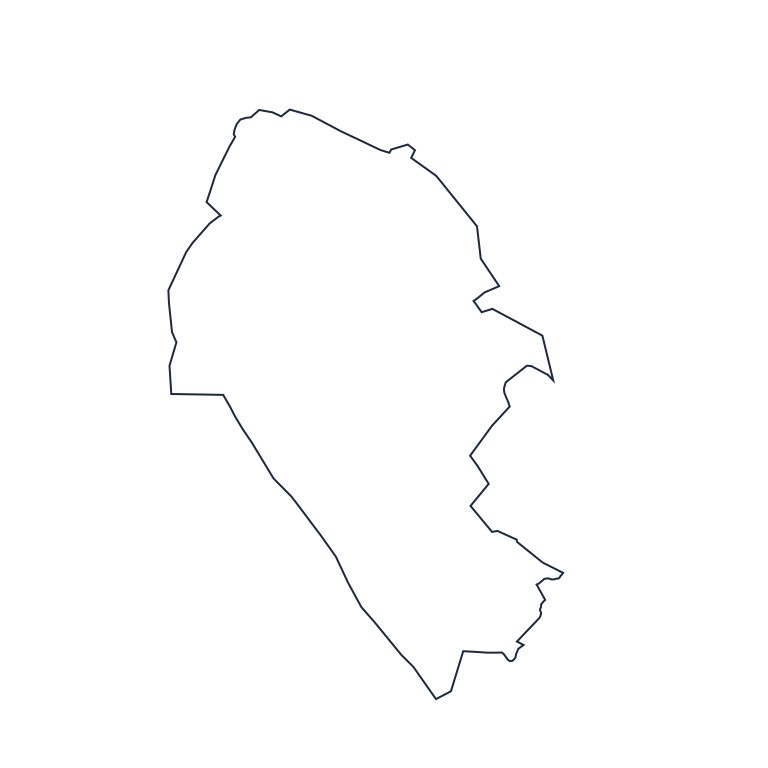 outline of Maigatari, Jigawa, Nigeria, rotated 231°
{"feature_id": "59680162B93100308813933", "entity_name": "Maigatari", "entity_type": "district", "adm_level": 2, "iso_a3": "NGA", "parent_name": "Nigeria", "parent_adm1": "Jigawa", "projection": "albers", "projection_center": [9.515, 12.698], "detail": "fine", "context": "isolated", "style": "outline", "palette": "slate", "viewbox_px": 768, "rotation_deg": 231, "n_neighbors": 0, "source": "geoboundaries", "source_scale": "gbopen_adm2", "svg_char_len": 1845}
<svg xmlns="http://www.w3.org/2000/svg" viewBox="0 0 768 768"><g transform="rotate(231 384 384)"><path d="M510.1,212.4L507.0,216.1L488.4,238.3L482.6,245.2L476.7,252.2L462.0,249.8L452.5,247.8L437.1,245.7L421.5,244.4L380.0,238.7L355.1,241.2L345.7,241.0L304.3,239.5L279.9,237.9L252.1,231.0L224.8,226.0L203.9,226.8L162.6,227.0L145.8,228.8L106.4,226.1L103.1,242.7L126.5,277.4L117.9,286.9L110.0,295.4L104.0,302.9L101.1,306.7L98.3,307.1L92.0,306.7L89.3,307.5L88.1,309.5L88.3,312.2L88.7,314.1L90.9,316.6L93.7,321.9L93.4,328.2L95.1,327.4L95.8,327.2L96.6,326.8L97.2,326.6L100.2,325.2L104.4,357.5L105.1,359.2L106.3,361.1L107.6,362.3L109.4,362.6L110.7,363.4L111.9,365.8L113.8,367.3L114.6,370.8L114.8,373.4L132.1,376.4L131.5,378.6L131.5,382.1L131.7,386.0L129.6,389.3L126.6,391.3L125.1,393.3L124.4,395.1L123.8,396.1L123.0,397.3L123.1,398.8L123.7,400.2L123.9,401.9L124.5,404.3L145.5,394.9L177.7,388.0L179.5,389.2L189.6,384.1L198.3,379.8L201.1,374.9L234.8,374.5L240.5,402.5L251.6,403.9L261.3,405.1L274.1,405.8L279.7,427.0L283.6,441.8L286.0,458.2L287.4,467.5L291.3,469.0L296.1,470.4L300.6,471.7L302.4,472.6L304.4,473.8L306.2,476.0L308.7,479.7L308.3,506.6L305.3,509.7L288.0,517.1L280.3,517.8L321.9,537.5L374.2,515.5L378.3,505.1L380.2,505.2L382.1,505.3L383.9,505.4L386.5,505.6L388.9,505.8L390.1,505.8L392.1,505.8L391.8,510.9L391.9,519.7L387.6,535.1L420.6,538.1L448.0,555.5L512.8,555.6L542.6,547.4L546.2,555.2L555.1,553.2L561.7,537.2L560.3,533.7L568.4,528.3L585.2,520.3L607.6,509.5L638.0,496.6L656.6,483.4L656.6,472.6L665.3,468.3L675.5,459.5L675.0,448.5L677.7,444.2L679.9,438.8L678.8,433.4L675.8,428.1L672.7,424.4L669.8,423.9L665.7,413.2L652.4,384.3L643.8,371.2L637.0,360.6L617.7,363.1L618.2,360.5L618.5,349.7L614.1,323.8L611.0,313.3L592.5,275.4L582.5,268.0L557.7,251.9L547.0,248.9L533.2,228.8L510.1,212.4Z" fill="none" stroke="#1e293b" stroke-width="2"/></g></svg>